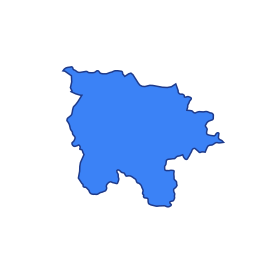 SVG path tracing the border of Grad Beograd, rotated 318°
{"feature_id": "SRB-836", "entity_name": "Grad Beograd", "entity_type": "City", "adm_level": 1, "iso_a3": "SRB", "parent_name": "Republic of Serbia", "parent_adm1": "", "projection": "robinson", "projection_center": [20.4, 44.661], "detail": "fine", "context": "isolated", "style": "filled", "palette": "blue", "viewbox_px": 256, "rotation_deg": 318, "n_neighbors": 0, "source": "natural_earth", "source_scale": "10m", "svg_char_len": 5884}
<svg xmlns="http://www.w3.org/2000/svg" viewBox="0 0 256 256"><g transform="rotate(318 128 128)"><path d="M57.6,132.0L63.1,127.8L66.5,124.3L69.5,121.9L77.5,118.3L78.2,115.8L78.6,115.1L79.1,113.7L79.1,113.3L79.0,112.9L78.1,111.9L78.0,111.7L78.1,111.4L78.3,111.2L79.3,110.6L79.5,110.4L79.8,110.1L80.2,108.7L80.2,108.3L80.1,107.9L79.9,107.6L79.6,107.5L78.3,107.1L77.1,106.6L76.5,106.3L75.9,105.8L75.5,105.2L75.4,104.6L75.3,104.0L75.4,103.4L75.5,102.8L76.1,101.9L76.4,101.6L77.0,101.5L78.7,101.5L79.8,101.2L80.9,100.7L81.5,100.4L82.1,99.9L82.3,99.6L82.6,98.8L82.7,96.0L82.9,95.5L83.1,95.0L84.0,93.7L84.1,93.2L84.2,91.7L84.5,90.3L86.3,87.0L86.8,85.9L87.3,83.9L87.5,81.9L87.6,81.6L87.9,81.3L89.0,80.5L89.8,80.3L92.9,80.5L94.2,80.5L94.7,80.4L95.5,80.1L97.6,78.6L98.9,77.5L101.4,75.9L102.7,75.7L104.7,75.6L108.4,74.9L115.6,72.8L114.6,71.8L112.0,67.6L110.0,62.9L111.2,62.9L112.2,59.5L117.0,56.1L120.9,51.3L119.1,43.5L117.9,42.0L120.0,41.6L121.3,41.7L121.9,41.8L122.7,42.1L124.0,42.8L125.4,43.8L126.9,44.7L127.2,45.1L127.3,45.5L127.3,45.9L127.2,46.3L126.6,47.6L126.6,48.1L126.7,48.5L127.4,50.1L127.9,52.5L128.2,53.1L128.6,53.7L129.7,54.7L134.6,57.8L135.0,58.2L135.3,58.6L135.8,60.4L136.2,60.9L136.6,61.3L137.5,62.2L139.0,63.5L139.9,64.1L140.4,64.3L141.4,64.5L142.9,64.6L143.4,64.9L143.8,65.2L144.2,65.9L144.2,66.4L144.1,68.0L144.1,68.4L144.2,68.9L144.4,69.3L145.2,70.4L145.6,70.9L147.9,73.0L148.9,73.6L151.7,74.7L153.4,75.6L155.6,76.3L156.5,76.7L157.4,77.4L158.7,78.6L160.9,81.2L161.2,81.6L161.3,82.0L161.3,82.5L161.2,82.9L160.9,83.3L160.3,84.2L160.1,87.5L164.8,88.2L166.9,89.2L167.3,91.7L165.6,101.7L165.5,104.1L166.4,106.5L168.3,108.5L172.8,110.9L174.9,113.0L180.8,120.7L184.3,124.2L187.9,126.4L193.0,127.2L190.3,133.7L189.4,134.8L189.2,135.3L189.1,136.2L189.1,136.6L189.2,137.1L189.4,137.6L189.7,138.0L190.9,139.1L191.3,139.7L191.5,140.5L191.6,141.1L191.5,141.5L190.8,142.5L190.7,142.7L190.9,143.0L191.6,143.7L193.1,144.4L193.8,145.0L194.2,145.7L194.9,147.1L195.0,147.7L195.0,148.0L194.8,148.4L194.4,148.7L194.0,148.9L191.6,149.3L189.9,150.2L188.1,150.8L187.7,151.0L186.2,152.5L184.2,153.7L183.6,154.2L185.7,156.4L186.8,157.8L187.0,158.3L187.1,158.6L187.1,160.2L187.2,160.6L187.7,161.5L188.1,161.9L189.2,162.2L190.5,162.7L191.9,163.5L194.7,166.4L196.7,167.7L197.5,168.4L198.1,169.4L199.1,171.6L200.2,173.0L200.4,173.8L200.4,174.7L200.3,175.2L200.0,175.6L198.0,177.7L197.6,178.1L196.8,178.4L196.4,178.4L196.0,178.3L192.9,177.0L191.9,176.8L190.6,176.8L190.0,176.9L189.0,177.3L187.4,177.8L187.1,178.0L186.9,178.3L186.7,178.7L186.4,180.9L186.2,181.5L186.0,181.9L185.6,182.2L184.1,183.3L183.3,184.0L183.0,184.4L182.7,184.9L182.6,185.3L182.7,186.0L183.1,186.9L183.6,187.7L184.5,188.9L186.2,190.9L186.6,191.4L187.1,191.6L187.8,191.7L188.2,191.7L189.6,191.2L190.6,191.2L191.3,191.4L191.7,191.7L191.9,192.0L192.0,192.4L191.9,192.9L189.2,195.2L188.7,195.7L188.4,196.5L188.3,197.1L188.4,197.7L188.5,198.2L189.2,199.6L189.4,200.4L189.4,202.6L187.0,201.0L185.8,200.1L185.3,199.6L184.6,198.6L183.9,198.0L183.5,197.7L182.7,197.5L180.5,197.2L179.2,196.9L178.7,196.6L177.3,195.5L175.9,195.0L175.0,195.0L173.8,195.4L171.6,196.4L169.2,197.6L167.8,196.0L166.9,195.2L166.6,195.0L165.5,194.6L165.1,194.3L164.8,194.0L164.6,193.3L164.6,192.3L164.4,190.7L164.2,188.9L164.1,188.4L164.0,187.9L163.7,187.6L162.8,187.1L162.1,187.0L161.6,187.0L161.0,187.2L159.2,188.1L156.5,189.0L155.2,189.6L153.2,190.1L151.6,190.7L151.1,190.7L150.5,190.5L150.2,190.3L149.9,189.7L149.7,189.2L149.7,188.6L149.8,187.3L149.9,186.7L150.7,184.5L148.0,183.4L146.0,182.2L145.5,182.0L144.1,181.9L142.4,182.0L141.8,181.8L140.7,180.8L138.9,179.6L137.2,178.3L136.4,177.9L134.9,177.7L132.0,180.2L131.2,180.6L130.2,180.8L129.5,181.1L129.2,181.4L128.5,182.2L127.8,183.1L127.4,183.8L127.4,184.0L127.5,184.4L127.9,185.2L130.1,187.2L131.6,188.1L133.1,189.7L133.4,190.2L133.5,190.6L133.3,190.9L133.1,191.2L131.8,192.3L131.2,192.9L129.4,195.3L128.2,196.6L128.0,197.3L128.1,199.5L128.1,200.0L128.0,200.5L127.5,201.2L126.7,202.2L126.2,203.0L126.2,203.3L125.4,203.7L124.3,204.0L123.2,204.1L121.9,204.0L121.4,204.0L120.7,204.3L120.2,204.8L119.6,205.7L119.1,206.7L118.9,207.7L118.6,208.3L116.9,209.7L115.9,211.1L115.4,211.4L114.4,211.9L113.6,212.2L113.0,212.3L112.3,212.1L111.1,211.4L110.4,211.1L109.8,211.0L109.5,211.1L109.2,211.4L108.9,211.7L108.9,212.1L108.9,213.1L108.9,213.6L108.8,214.0L108.5,214.2L108.0,214.4L106.3,214.1L105.6,213.8L105.1,213.5L104.7,213.1L104.3,212.6L103.4,210.7L103.0,210.1L99.3,207.0L97.6,205.8L96.6,204.9L93.6,200.5L92.8,198.5L92.8,198.0L93.0,197.3L93.3,196.8L93.9,195.9L95.0,194.7L95.3,194.2L95.4,193.8L95.4,193.4L95.2,193.0L95.0,192.6L93.9,191.4L93.7,191.1L93.5,190.8L93.4,190.4L93.5,189.6L93.6,189.4L94.0,189.0L94.8,188.3L94.9,187.9L94.8,186.9L94.9,186.7L95.0,186.4L95.5,185.9L97.2,184.8L97.7,184.0L98.1,183.0L98.5,181.6L99.2,180.0L99.4,178.9L99.4,177.8L99.2,176.8L99.1,176.3L98.5,175.4L98.3,175.0L98.3,174.6L98.4,173.7L99.1,172.1L99.3,171.4L99.3,171.0L98.9,169.5L98.5,167.5L97.8,165.4L96.8,164.3L96.3,163.8L94.8,162.9L94.4,162.3L94.4,161.9L94.9,159.6L95.0,159.3L94.9,158.9L94.7,158.4L93.7,157.0L93.3,155.3L93.4,154.3L93.3,153.9L92.9,152.9L92.4,152.4L92.1,152.2L91.5,152.2L91.1,152.3L90.5,153.1L90.1,153.9L89.9,155.3L89.7,155.8L89.3,156.4L88.5,157.2L88.1,157.8L87.7,158.4L87.4,159.2L87.0,159.8L85.8,160.7L83.4,161.9L83.0,162.0L82.6,161.9L82.3,161.6L82.0,161.2L81.0,159.6L80.1,158.4L79.4,156.8L79.1,156.4L78.7,156.1L77.7,155.7L76.8,155.6L75.5,155.7L74.8,155.8L74.2,155.9L73.6,156.3L73.0,156.7L72.7,157.1L72.0,158.4L71.3,158.9L70.7,159.2L69.3,159.6L68.7,159.4L67.7,159.0L65.9,158.4L64.3,157.5L61.3,156.9L60.3,156.4L59.7,155.8L58.9,154.9L58.0,154.2L57.4,153.5L56.9,152.8L56.6,152.1L56.4,151.4L56.4,151.0L56.7,149.2L57.2,148.6L57.2,145.4L57.1,144.4L56.9,143.9L56.8,143.6L55.9,142.7L55.7,142.2L55.6,141.8L55.7,141.3L56.7,139.9L56.8,139.7L56.8,139.4L56.6,138.5L57.6,132.0Z" fill="#3b82f6" stroke="#1e3a8a" stroke-width="1.5"/></g></svg>